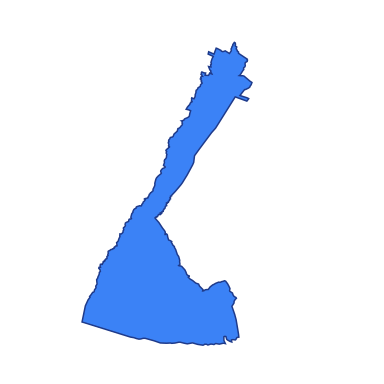 outline of San Francisco Tetlanohcan, Tlaxcala, Mexico, rotated 103°
{"feature_id": "50627088B55823705242599", "entity_name": "San Francisco Tetlanohcan", "entity_type": "district", "adm_level": 2, "iso_a3": "MEX", "parent_name": "Mexico", "parent_adm1": "Tlaxcala", "projection": "equal_earth", "projection_center": [-98.111, 19.261], "detail": "fine", "context": "isolated", "style": "filled", "palette": "blue", "viewbox_px": 384, "rotation_deg": 103, "n_neighbors": 0, "source": "geoboundaries", "source_scale": "gbopen_adm2", "svg_char_len": 6039}
<svg xmlns="http://www.w3.org/2000/svg" viewBox="0 0 384 384"><g transform="rotate(103 192 192)"><path d="M91.1,159.0L88.3,157.7L88.2,157.9L87.8,159.7L87.2,167.0L80.4,163.8L80.1,162.9L78.0,160.3L76.8,159.3L75.5,159.1L74.3,158.5L71.8,158.2L70.9,160.6L67.4,167.3L67.3,168.8L67.7,170.2L67.9,172.1L67.1,171.4L61.9,169.6L61.1,169.1L60.6,169.4L59.3,169.6L58.1,168.6L56.8,168.5L55.5,169.1L53.9,169.2L52.4,167.6L51.0,167.6L50.8,168.1L50.1,168.1L46.4,177.9L45.2,178.1L45.0,178.4L44.6,179.5L43.9,179.7L42.6,181.1L42.0,181.2L41.6,181.0L40.5,181.1L40.3,181.6L40.2,182.4L39.9,182.6L39.6,182.8L38.6,182.8L37.1,183.3L36.7,184.4L39.1,185.4L40.4,185.2L41.1,185.7L42.3,185.7L43.9,186.1L45.2,185.5L45.9,185.6L48.6,186.7L47.0,191.4L47.8,192.5L48.3,193.7L48.2,195.0L47.5,195.7L46.5,199.7L46.4,200.8L52.7,201.6L51.6,207.3L54.0,207.3L55.1,201.8L57.6,202.4L61.5,202.7L62.2,202.1L63.0,202.2L63.3,202.0L63.9,202.5L65.9,201.7L66.0,204.1L69.0,202.1L69.8,200.8L70.5,200.8L71.6,200.3L72.0,199.6L72.5,199.2L72.4,200.6L72.1,201.5L73.9,201.9L74.7,202.2L75.3,205.3L75.3,205.5L73.0,205.5L73.2,207.1L72.8,209.4L73.3,209.7L74.6,209.5L75.4,209.7L75.7,209.3L75.8,208.6L76.5,208.4L76.9,207.9L77.0,208.5L78.2,209.3L79.4,208.6L80.0,209.2L80.2,208.7L80.9,208.4L81.4,207.7L82.4,207.8L82.7,207.3L83.0,207.3L83.3,206.8L83.6,206.6L85.6,207.8L87.3,207.7L89.1,209.6L89.9,209.6L91.2,210.1L91.9,210.8L93.1,210.8L93.8,210.5L96.9,210.8L97.6,210.4L99.1,210.6L100.7,211.0L100.3,213.4L100.9,213.5L102.5,213.0L103.6,213.1L103.8,212.3L104.0,212.2L105.5,213.6L107.6,214.0L108.5,214.7L109.5,215.1L110.1,215.5L112.7,216.3L112.7,213.7L113.1,211.6L115.9,211.8L118.9,211.7L119.9,212.4L121.1,213.8L122.1,215.3L122.7,215.8L123.6,216.0L124.6,217.2L125.1,218.3L125.5,217.3L127.2,217.2L127.7,216.6L129.2,216.8L130.5,217.7L131.9,218.2L132.6,219.0L133.1,219.3L133.4,220.0L134.2,219.9L135.0,220.1L136.0,220.0L139.5,222.5L142.2,222.9L142.7,223.3L143.8,225.4L145.2,225.6L146.4,226.3L147.5,226.3L148.3,225.8L148.8,226.2L149.3,226.2L151.4,225.0L152.3,225.3L152.9,224.8L152.9,224.2L153.4,224.1L154.0,224.8L154.8,225.1L155.5,225.8L156.1,226.1L156.7,226.6L157.6,226.7L158.0,226.1L158.3,225.8L159.3,226.0L160.1,225.8L161.0,224.9L162.1,225.0L164.1,224.7L165.5,225.1L166.6,225.9L167.6,226.0L168.1,226.0L169.7,225.4L172.4,225.8L173.1,224.7L173.2,224.2L173.7,223.7L174.2,223.9L174.6,224.3L175.8,226.0L177.3,226.8L178.3,227.2L179.2,227.1L180.5,226.1L181.1,226.3L184.0,228.5L186.1,229.7L187.7,230.1L191.9,230.2L193.2,229.8L194.6,229.8L198.1,230.6L199.6,230.2L200.5,231.0L201.5,231.4L202.0,232.2L203.1,232.5L203.9,233.1L205.1,233.1L207.2,233.8L207.5,233.6L207.9,234.0L209.1,236.5L209.5,236.8L209.9,235.8L211.4,236.3L212.8,237.3L214.2,237.4L214.9,237.9L215.6,238.1L216.7,238.1L217.1,238.6L217.1,239.8L218.7,242.5L219.4,243.0L220.4,242.9L221.2,244.0L222.1,244.7L224.2,245.2L225.0,245.0L226.8,245.8L230.4,245.9L231.6,245.0L232.1,245.6L232.4,246.7L232.7,247.1L233.6,247.3L235.0,247.2L236.3,249.1L237.2,249.9L238.7,249.9L239.8,249.3L241.5,250.0L242.1,250.7L242.8,250.7L244.2,250.0L245.3,250.4L246.8,250.2L248.1,250.9L248.9,251.7L249.0,252.8L251.1,252.5L251.6,252.2L254.5,252.8L256.2,252.8L257.0,253.3L257.5,253.4L258.2,254.1L261.3,252.9L261.5,253.1L261.5,253.7L261.9,254.3L262.4,254.6L262.9,254.7L263.1,255.2L263.7,255.5L264.2,255.2L264.6,255.4L265.1,256.1L265.2,256.6L265.9,256.9L266.2,257.9L266.8,258.5L267.5,258.9L267.7,259.4L268.6,260.3L269.3,260.3L270.7,259.7L271.4,260.0L272.2,259.9L272.8,259.5L274.0,260.4L275.9,259.9L276.3,260.1L276.6,260.9L277.4,261.4L278.3,261.3L278.5,261.8L279.1,261.6L279.4,261.8L279.6,262.7L280.0,262.9L280.8,262.6L281.7,263.1L282.7,263.1L282.9,263.7L282.7,264.3L283.1,265.0L284.9,264.9L286.0,264.2L286.2,264.6L286.4,265.7L287.3,265.7L288.5,264.1L290.1,263.4L290.9,264.1L291.6,264.2L292.8,263.9L296.2,264.6L297.0,264.5L298.9,265.2L303.0,263.8L305.4,264.6L306.9,264.0L309.4,265.0L311.0,264.9L311.8,265.4L312.1,266.2L315.4,267.5L316.8,268.3L317.5,267.7L320.5,269.0L326.9,270.3L343.4,269.9L347.2,219.4L347.0,215.8L347.3,213.2L347.3,210.6L346.7,208.8L345.7,207.0L345.3,205.8L345.1,204.4L345.5,195.6L346.2,188.9L345.9,187.2L345.1,182.9L344.0,179.1L344.0,177.7L343.0,174.6L341.3,171.0L341.0,169.7L341.1,165.4L341.0,162.4L338.9,157.6L339.2,152.3L338.8,147.0L338.5,146.3L337.4,145.3L337.1,143.6L337.5,142.1L335.9,139.4L335.7,137.5L335.7,136.3L334.3,134.8L334.1,131.2L332.4,127.7L332.2,126.8L332.2,125.4L329.5,127.5L325.9,128.4L325.5,128.1L325.2,127.1L325.2,126.4L327.7,125.1L328.2,124.2L329.0,121.4L329.2,119.5L327.4,120.3L327.2,120.3L326.6,118.9L326.4,116.5L325.9,116.1L324.0,115.6L323.5,115.3L322.9,113.7L320.0,114.7L306.5,120.3L301.8,122.8L294.4,127.4L290.7,126.1L289.0,126.4L286.9,125.7L285.6,124.8L284.9,125.4L284.4,127.2L283.8,128.1L282.8,129.0L281.3,129.9L280.2,132.9L279.6,133.2L277.5,133.3L275.2,135.1L273.3,136.8L271.3,139.2L271.2,140.5L272.0,141.5L272.5,142.7L273.7,144.3L273.8,145.7L275.8,148.6L277.1,149.9L277.8,150.9L280.4,153.0L283.3,154.2L284.1,156.7L285.0,157.9L285.6,158.2L286.0,159.4L284.6,159.4L282.1,163.4L280.2,164.9L279.9,167.9L278.1,171.5L277.2,174.4L275.8,176.5L274.8,175.7L274.4,175.8L274.3,176.9L273.6,178.5L271.5,179.8L269.5,181.4L266.8,185.3L266.6,186.9L266.8,187.7L266.7,188.4L265.3,187.5L265.0,187.5L262.8,188.4L261.3,188.6L257.8,190.5L256.3,192.2L251.7,195.0L249.9,196.7L249.1,196.9L247.9,198.9L246.9,199.6L245.7,200.8L244.8,200.6L244.2,202.4L244.0,204.0L241.4,205.5L239.3,206.4L238.6,207.3L238.6,208.0L239.3,208.3L239.4,208.7L237.1,209.0L235.9,210.0L233.8,212.6L229.2,217.4L226.1,221.7L225.6,222.2L224.8,221.3L224.5,221.5L223.9,220.9L223.8,220.1L221.5,219.6L221.1,217.7L220.2,217.2L219.7,218.3L219.1,217.6L219.0,216.6L218.0,216.8L217.4,215.7L216.4,216.0L215.5,215.4L214.9,215.5L214.1,214.7L211.9,214.7L211.0,213.6L209.7,214.4L208.7,213.7L208.3,214.2L207.4,212.7L206.6,213.0L205.4,212.0L204.3,212.2L203.5,211.4L202.5,212.2L201.9,211.7L200.9,212.0L200.4,211.0L199.8,211.1L195.2,208.4L187.6,204.5L185.3,203.5L176.7,200.6L165.5,197.5L162.8,197.0L156.1,197.7L149.4,194.9L129.8,186.3L124.5,183.4L89.6,171.3L91.1,159.0Z" fill="#3b82f6" stroke="#1e3a8a" stroke-width="1.5"/></g></svg>